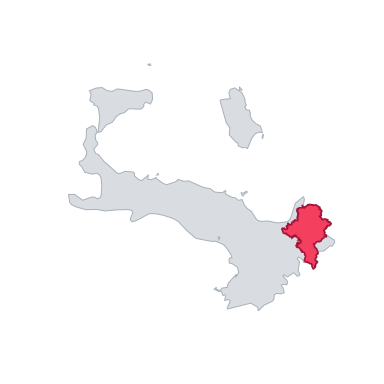 Piemonte, Turin, Italy (highlighted), rotated 158°
{"feature_id": "23120603B83257595874769", "entity_name": "Piemonte", "entity_type": "district", "adm_level": 2, "iso_a3": "ITA", "parent_name": "Italy", "parent_adm1": "Turin", "projection": "orthographic", "projection_center": [8.079, 45.262], "detail": "fine", "context": "in_parent", "style": "filled", "palette": "rose", "viewbox_px": 384, "rotation_deg": 158, "n_neighbors": 0, "source": "geoboundaries", "source_scale": "gbopen_adm2", "svg_char_len": 9297}
<svg xmlns="http://www.w3.org/2000/svg" viewBox="0 0 384 384"><g transform="rotate(158 192 192)"><path d="M82.3,89.2L84.3,90.4L91.8,87.9L96.3,89.4L100.1,86.9L102.5,83.1L101.9,80.2L107.9,75.6L108.5,80.9L111.9,84.4L115.1,85.3L114.4,87.4L117.6,91.7L118.9,91.3L119.3,90.5L118.5,86.9L122.9,79.7L123.0,74.7L123.8,74.2L126.0,74.5L127.9,79.1L135.3,77.5L137.9,80.9L139.1,80.2L137.0,74.3L137.8,71.2L139.8,70.6L141.2,72.0L144.0,72.3L144.1,70.5L143.4,69.3L144.2,64.1L148.4,64.4L151.0,66.2L154.0,66.0L156.3,61.8L158.3,60.7L167.7,60.0L174.6,57.1L175.2,57.7L174.1,59.7L174.6,61.0L179.1,66.9L202.9,70.2L202.6,71.7L197.9,75.9L197.6,77.3L198.4,78.6L202.3,79.2L199.9,83.0L200.0,84.4L202.1,84.4L202.1,88.8L204.7,90.0L207.8,93.6L205.0,94.6L206.1,93.4L203.0,89.9L200.1,91.7L195.3,90.4L192.3,94.1L181.6,99.1L183.4,97.0L182.6,97.0L178.8,99.9L178.1,105.3L181.5,110.4L184.0,112.1L183.1,115.4L181.7,116.7L179.7,115.9L179.3,118.8L180.7,126.5L182.7,131.8L188.6,137.5L192.7,139.1L205.7,147.5L210.9,157.4L215.8,169.9L219.4,174.5L226.8,180.8L233.5,185.3L239.6,187.9L255.0,186.3L258.9,187.0L259.6,189.1L259.0,190.6L254.8,194.7L254.8,197.5L257.1,199.3L268.1,203.5L279.3,206.8L287.2,211.7L297.1,215.4L305.3,221.8L308.4,225.4L309.2,228.3L308.0,233.8L307.3,236.0L301.7,233.7L296.5,225.3L287.0,224.9L284.2,223.7L282.4,221.2L279.4,221.2L277.5,222.9L273.2,231.8L271.1,239.3L271.3,242.2L273.0,244.9L277.7,245.9L284.0,250.4L284.8,256.7L286.2,260.2L284.9,262.4L281.9,262.2L278.1,264.0L275.5,266.6L274.5,268.9L275.0,276.9L270.0,281.6L266.1,290.0L259.3,290.7L257.5,288.4L257.1,284.8L258.1,282.4L260.5,281.1L261.8,276.3L261.0,272.9L261.8,271.3L267.1,268.5L266.9,263.8L264.7,261.8L262.2,253.5L254.2,237.5L251.9,236.1L246.1,236.2L238.9,232.4L238.3,230.6L239.3,228.7L238.3,226.4L235.9,222.4L234.3,221.5L226.1,224.0L228.2,220.5L225.0,218.5L219.8,218.9L219.8,217.4L215.6,210.9L213.0,208.3L203.3,207.6L200.3,208.9L195.4,204.9L191.0,203.6L179.5,191.8L174.1,188.4L170.6,183.2L163.9,179.9L160.9,180.9L160.2,180.2L161.7,179.1L161.3,177.0L156.7,171.9L154.0,170.3L152.1,166.9L148.4,166.2L148.3,160.0L146.8,155.6L144.3,152.0L142.6,143.1L141.5,140.7L138.8,138.8L132.7,136.8L124.4,131.3L114.5,128.7L110.5,130.7L100.2,143.0L90.5,145.9L90.4,143.3L94.1,137.6L93.3,135.5L87.3,136.1L79.5,130.8L78.5,126.2L80.8,121.9L82.1,120.9L81.4,118.0L76.7,115.4L74.9,111.6L74.8,110.2L76.0,109.6L78.8,109.8L83.2,107.2L84.5,103.5L78.1,94.0L78.4,92.0L82.3,89.2ZM184.8,140.1L185.0,137.8L183.1,139.3L183.7,140.4L184.8,140.1ZM256.8,282.4L249.6,295.7L247.4,304.4L248.0,307.5L250.5,309.7L249.4,310.7L252.3,314.4L252.3,315.5L249.0,320.4L249.2,324.3L242.1,324.3L236.2,322.5L233.1,318.2L230.7,316.5L228.2,315.2L223.3,315.6L221.1,314.8L207.4,306.8L202.2,304.8L196.3,304.5L193.9,302.7L191.8,298.9L193.8,292.7L197.5,289.1L201.2,292.7L204.1,291.3L204.2,290.1L206.2,288.4L208.9,288.2L219.5,292.9L224.7,291.0L229.7,291.3L234.1,290.2L239.7,286.5L246.4,286.3L253.9,282.0L256.8,282.4ZM132.4,221.2L136.1,231.1L132.9,237.2L134.3,243.7L131.8,266.0L130.3,266.7L121.5,264.2L120.9,269.4L119.7,271.4L118.0,272.8L113.3,272.5L108.5,265.2L108.1,258.0L109.1,255.9L109.2,251.8L111.0,251.5L111.1,248.7L110.0,247.2L108.3,246.6L108.3,243.5L109.5,241.1L109.5,236.8L107.1,231.4L103.9,227.5L104.5,220.6L107.3,222.4L111.4,222.3L116.3,219.6L124.3,211.5L125.4,212.9L128.8,214.2L132.0,217.6L130.9,219.9L132.4,221.2ZM146.2,169.1L146.9,170.7L146.7,172.9L145.1,171.7L141.2,172.3L140.7,171.2L145.5,170.0L146.2,169.1ZM109.8,268.8L108.6,271.4L107.3,268.0L107.5,267.6L109.8,268.8ZM106.9,215.7L105.1,218.5L104.2,218.4L106.4,215.2L106.9,215.7ZM185.0,326.9L182.7,326.4L182.6,325.1L184.4,325.2L185.0,326.9ZM218.3,220.9L216.5,221.9L216.5,220.5L218.3,220.9Z" fill="#d9dde1" stroke="#a8b0b8" stroke-width="1"/><path d="M113.2,84.7L112.2,84.4L112.0,84.1L111.3,84.1L111.3,83.9L111.0,83.6L111.2,83.3L110.6,83.0L110.4,82.5L110.0,82.1L109.9,81.6L108.8,81.3L108.6,80.9L108.2,80.8L108.5,80.4L108.0,79.5L108.6,78.6L108.6,78.1L108.7,77.8L108.6,77.2L108.6,76.7L108.5,76.3L108.6,75.7L108.3,75.2L106.8,75.5L106.1,76.2L105.7,76.2L105.4,76.7L105.9,76.9L105.9,77.5L105.3,77.8L105.0,77.8L105.0,78.3L104.3,78.6L104.3,78.9L103.9,79.4L103.1,79.6L102.7,79.4L101.7,80.5L102.2,80.8L102.3,81.1L102.7,81.4L103.0,82.3L103.2,82.6L102.9,83.1L102.9,83.7L102.3,83.9L102.2,84.4L100.8,84.8L100.6,85.5L100.8,86.2L100.4,86.5L100.4,87.0L100.2,87.0L100.0,87.5L98.5,87.4L98.3,87.9L98.0,88.0L98.0,88.7L97.8,89.0L98.0,89.3L97.7,89.7L97.9,91.0L97.7,91.6L97.9,91.9L97.7,92.1L97.7,92.8L98.2,93.8L98.9,94.1L98.9,94.3L99.0,94.6L98.5,95.6L99.1,96.8L98.6,97.0L98.3,97.5L98.4,98.1L98.0,97.8L97.0,97.9L95.3,99.1L95.0,98.9L94.2,99.1L93.5,98.6L93.0,98.8L92.8,98.4L92.2,98.0L91.6,98.4L90.8,98.2L90.4,98.4L90.1,99.0L89.5,99.2L89.5,99.4L88.7,100.0L88.4,99.7L87.7,100.0L86.8,100.0L86.7,100.4L85.9,101.2L84.8,100.7L84.4,100.9L84.3,100.6L84.5,100.1L84.3,100.0L84.0,100.2L83.9,101.0L83.6,101.5L83.9,102.1L85.2,102.9L84.8,103.5L84.8,104.0L84.2,104.4L84.2,104.8L83.8,104.9L84.2,106.1L84.1,106.3L84.3,106.8L84.0,107.1L83.8,107.0L83.2,107.8L82.9,107.9L82.6,107.5L82.2,107.8L81.8,107.7L81.6,107.9L81.1,108.0L81.1,108.3L80.8,108.4L80.9,108.7L80.6,108.8L80.7,109.0L79.7,109.0L79.6,109.3L79.8,109.7L79.7,109.8L78.9,110.1L78.9,109.8L77.4,109.2L76.9,109.8L76.4,109.6L75.8,109.7L75.6,110.1L74.9,110.3L74.8,110.7L75.1,111.1L75.1,111.4L75.4,111.5L75.3,112.0L75.6,112.2L75.4,112.4L75.6,112.8L76.5,112.8L76.9,113.0L77.0,113.4L76.8,113.6L77.2,114.1L77.3,114.4L76.8,115.1L77.2,115.1L76.9,115.4L77.0,115.8L77.4,115.9L77.6,116.3L77.9,116.3L78.0,116.7L79.0,117.3L79.9,117.5L80.3,117.0L81.0,117.5L81.6,117.6L81.8,118.0L82.0,118.1L81.6,119.0L82.0,119.4L82.1,120.5L82.8,121.0L82.9,121.8L81.3,121.6L80.8,121.9L80.5,122.5L80.9,123.4L80.6,123.4L80.3,123.8L80.2,124.6L79.9,124.7L79.9,124.9L79.7,125.1L79.2,125.1L78.7,125.8L79.1,127.0L79.7,127.4L79.8,127.8L80.5,128.4L79.4,128.6L79.5,129.8L79.3,130.1L80.0,130.4L80.0,130.9L80.7,131.5L80.6,131.9L80.9,132.0L81.3,132.3L81.3,133.1L81.5,133.4L82.0,133.8L82.9,133.6L84.1,134.5L84.4,134.2L84.7,134.5L84.9,134.4L85.0,134.8L85.5,135.3L85.9,135.2L86.0,135.6L86.6,136.0L87.8,135.9L88.1,136.7L88.7,136.5L89.3,136.8L89.4,136.3L90.0,136.5L90.9,136.0L91.2,136.2L91.4,135.9L91.8,135.9L92.0,135.7L93.0,135.9L93.3,135.1L94.1,135.1L94.0,135.8L93.9,136.4L94.9,137.6L94.8,138.2L95.0,138.2L95.2,137.8L95.6,137.6L95.1,137.6L94.8,137.0L95.0,136.5L95.7,136.1L96.8,136.6L97.6,136.7L98.0,137.1L98.8,136.9L99.1,137.2L99.6,136.8L100.3,137.1L100.4,136.9L100.2,136.7L100.4,136.7L99.8,136.2L100.4,135.7L101.0,136.1L101.4,136.0L102.0,135.1L102.0,134.6L101.4,134.1L101.7,133.5L101.3,133.2L101.7,132.9L101.9,132.6L101.4,132.2L101.3,131.9L101.6,131.6L102.1,131.9L102.2,131.1L102.6,131.1L102.9,130.7L102.8,130.1L103.0,130.0L102.9,129.7L103.2,129.7L103.5,129.3L104.1,129.2L104.1,128.9L104.3,128.5L104.0,128.1L104.1,127.8L103.8,127.6L103.8,127.3L104.3,127.1L104.2,126.8L104.4,126.3L104.9,125.9L105.3,126.5L105.9,126.6L106.2,127.0L106.7,127.1L106.9,127.6L107.5,127.3L107.5,127.0L107.7,126.9L107.7,126.4L108.0,126.3L108.2,126.6L108.4,126.5L108.6,126.7L108.6,126.4L109.0,126.1L109.1,126.4L110.9,126.5L110.9,126.1L111.6,125.5L111.3,125.2L111.8,124.4L112.9,124.7L113.1,124.5L113.5,124.5L113.9,124.8L114.0,125.3L114.3,125.7L114.2,126.0L114.5,126.0L114.6,126.5L114.5,126.8L114.9,126.9L114.9,126.7L115.1,126.6L115.1,125.8L115.7,125.5L115.5,125.3L115.6,125.0L116.1,125.1L116.4,124.9L116.8,125.3L117.3,125.0L117.4,124.8L117.0,123.8L117.2,123.7L116.6,123.0L117.1,122.8L117.5,122.0L118.1,122.0L118.3,122.3L119.1,122.2L119.6,122.9L119.7,123.6L120.3,123.3L120.4,123.6L120.8,123.7L120.8,124.1L121.0,124.4L121.7,124.6L122.6,124.1L122.5,122.6L122.7,122.3L122.5,121.7L122.7,121.2L122.6,120.7L122.8,119.9L122.0,119.4L122.0,118.8L121.7,118.4L121.8,118.3L120.8,118.6L120.5,118.2L120.1,118.3L120.1,118.0L119.7,117.4L120.1,117.0L119.8,116.4L119.3,116.4L118.7,115.9L118.8,115.6L118.5,115.4L118.2,115.0L118.2,114.7L118.4,114.6L118.0,113.8L117.7,114.0L117.2,113.8L116.9,113.3L116.8,112.2L116.6,112.2L116.6,111.9L116.2,112.2L116.2,112.3L115.8,112.2L115.8,112.4L115.5,112.5L115.4,112.3L115.4,112.6L115.1,112.5L115.3,112.7L114.9,112.6L115.0,113.0L114.6,112.9L114.5,113.3L114.4,113.2L114.0,113.3L114.1,113.0L113.6,113.0L113.3,112.5L113.0,113.0L112.7,112.8L112.4,113.1L112.3,112.6L111.9,112.5L112.2,112.1L112.0,111.8L112.1,111.6L111.5,110.7L111.5,110.2L111.1,110.1L110.9,109.6L110.4,109.4L110.5,109.2L110.2,109.0L110.4,108.5L110.9,108.2L110.5,108.2L110.3,108.4L109.9,108.4L110.3,108.2L109.8,107.7L110.2,107.4L110.5,107.2L109.9,107.1L109.8,106.9L110.1,107.1L110.2,106.9L110.1,106.3L109.7,106.4L109.7,105.9L109.4,105.9L109.7,105.3L110.1,105.3L109.9,104.6L110.3,104.3L110.4,104.1L110.9,104.4L111.6,104.2L111.9,104.4L111.8,104.7L112.3,105.0L112.5,105.9L112.9,105.9L113.4,105.6L113.5,104.7L113.9,104.8L113.9,104.6L114.2,104.4L114.2,104.2L113.9,104.2L113.5,103.8L113.4,103.6L114.2,103.7L114.3,103.3L115.0,103.6L115.1,103.3L115.7,103.2L115.3,102.3L115.4,102.1L115.1,102.2L115.1,101.8L114.7,101.4L114.7,100.8L113.6,100.4L113.3,100.0L113.4,99.6L113.2,99.2L113.1,98.6L112.9,98.4L113.1,98.1L113.1,97.8L112.7,97.3L112.4,97.2L112.3,96.8L112.4,96.7L112.6,96.9L112.8,96.8L112.5,96.2L112.7,95.8L111.9,95.8L112.2,94.8L112.0,94.6L111.1,94.4L110.3,93.1L110.4,92.5L110.8,92.2L111.1,91.7L110.6,90.0L113.4,86.8L113.5,86.5L113.0,85.2L113.2,84.7ZM113.3,113.0L113.2,113.1L113.3,112.9L113.3,113.0Z" fill="#f43f5e" stroke="#9f1239" stroke-width="1.5"/></g></svg>